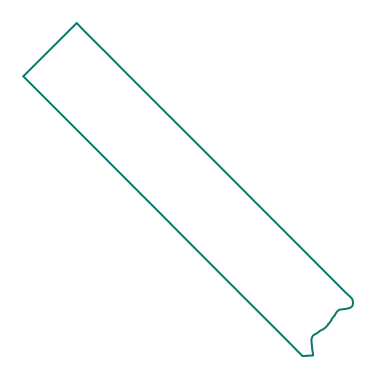 the district of San José, Petén, Guatemala, rotated 315°
{"feature_id": "79465075B657648809250", "entity_name": "San José", "entity_type": "district", "adm_level": 2, "iso_a3": "GTM", "parent_name": "Guatemala", "parent_adm1": "Petén", "projection": "equal_earth", "projection_center": [-89.816, 17.394], "detail": "fine", "context": "isolated", "style": "outline", "palette": "teal", "viewbox_px": 384, "rotation_deg": 315, "n_neighbors": 0, "source": "geoboundaries", "source_scale": "gbopen_adm2", "svg_char_len": 1056}
<svg xmlns="http://www.w3.org/2000/svg" viewBox="0 0 384 384"><g transform="rotate(315 192 192)"><path d="M229.9,-9.0L154.5,-9.1L154.5,54.5L154.5,94.6L154.4,158.1L154.4,166.5L154.5,167.9L154.3,221.6L154.2,285.0L154.3,288.1L154.2,298.0L154.3,348.4L154.2,374.8L154.1,377.7L154.2,386.1L156.3,388.3L157.1,388.6L157.6,389.3L158.0,389.5L158.7,390.3L159.4,390.8L159.9,391.2L160.6,391.8L161.7,393.0L162.0,393.1L162.6,392.7L163.1,392.0L166.3,387.6L167.2,386.6L169.9,383.3L170.2,382.8L172.2,380.7L173.6,380.0L174.7,379.4L176.1,379.1L178.5,379.6L181.1,380.4L183.9,380.6L188.6,382.0L191.4,382.3L194.6,382.0L194.8,381.7L197.2,381.7L198.1,381.4L199.2,381.4L200.1,381.1L200.5,380.7L204.5,380.2L205.9,380.2L206.3,379.9L209.7,379.1L213.0,379.4L215.6,381.5L216.6,382.1L218.0,383.4L221.6,385.6L223.3,386.0L224.4,386.0L225.7,385.6L227.0,384.6L228.0,383.7L228.9,382.4L229.6,380.8L229.8,379.8L229.8,377.5L229.5,371.9L229.6,308.4L229.6,244.9L229.7,181.4L229.6,118.0L229.6,54.6L229.8,30.2L229.7,27.7L229.7,0.3L229.9,-9.0Z" fill="none" stroke="#0f766e" stroke-width="2"/></g></svg>